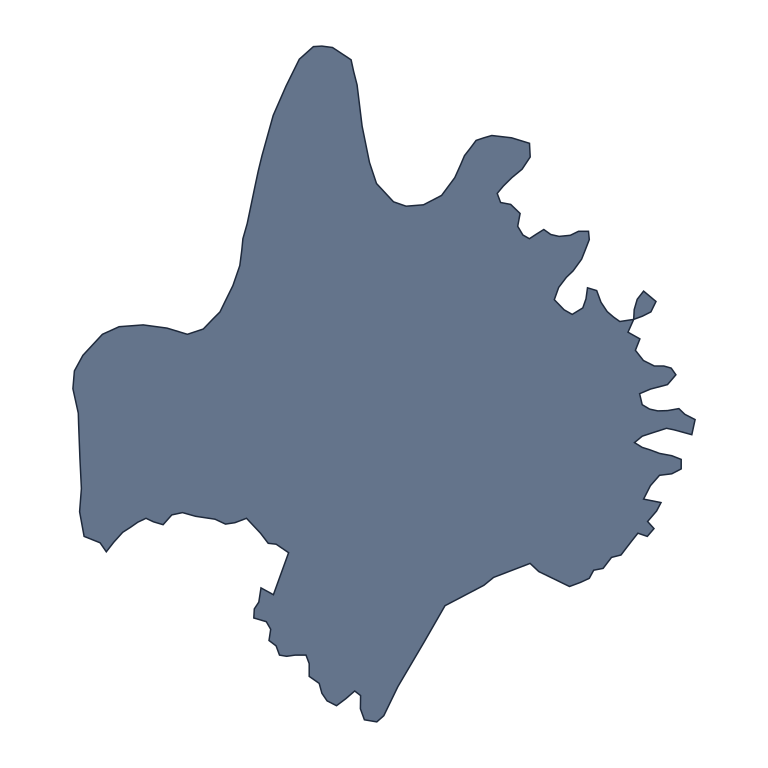 the district of Alecrim, Rio Grande do Sul, Brazil
{"feature_id": "56859067B981200421316", "entity_name": "Alecrim", "entity_type": "district", "adm_level": 2, "iso_a3": "BRA", "parent_name": "Brazil", "parent_adm1": "Rio Grande do Sul", "projection": "robinson", "projection_center": [-54.76, -27.646], "detail": "fine", "context": "isolated", "style": "filled", "palette": "slate", "viewbox_px": 768, "rotation_deg": 0, "n_neighbors": 0, "source": "geoboundaries", "source_scale": "gbopen_adm2", "svg_char_len": 2492}
<svg xmlns="http://www.w3.org/2000/svg" viewBox="0 0 768 768"><path d="M633.7,319.4L619.8,321.5L613.6,317.1L607.2,311.6L601.0,302.3L596.7,290.6L587.5,287.8L586.0,298.8L582.8,307.9L572.2,314.4L564.1,309.8L554.3,299.7L558.7,287.4L566.4,277.3L573.1,270.9L581.6,259.2L585.1,250.4L589.3,239.6L588.5,231.3L578.5,231.3L570.3,235.3L559.1,236.4L550.8,234.5L543.8,229.5L536.4,234.1L529.4,238.7L522.9,235.0L517.7,226.3L520.1,213.5L510.7,204.4L500.6,202.5L497.2,193.4L503.3,186.1L511.9,177.6L522.1,169.2L530.2,157.0L529.5,143.3L511.6,137.8L491.8,135.5L483.9,137.8L476.1,140.4L470.2,148.3L464.5,155.6L460.8,164.3L454.8,177.6L441.6,195.4L423.5,204.8L406.1,206.2L393.5,201.8L376.5,183.5L369.5,162.5L362.1,126.1L357.1,85.0L353.6,71.3L351.1,59.8L332.5,47.5L321.9,46.1L313.4,46.6L299.3,59.2L286.1,85.9L273.2,115.4L262.0,155.6L258.2,171.2L255.4,184.3L247.2,223.6L242.9,238.7L241.8,250.1L239.8,265.6L232.9,285.6L225.0,301.6L220.0,311.9L213.0,318.9L203.3,329.0L187.4,334.3L167.0,328.1L143.2,324.9L119.1,326.7L102.4,334.3L82.9,355.3L74.4,370.9L72.9,388.7L78.3,413.2L78.6,423.7L79.9,458.0L81.4,488.6L79.6,511.7L84.1,536.4L100.1,542.8L106.3,551.8L113.7,542.3L122.7,532.3L130.5,527.3L137.8,522.2L146.0,518.3L153.4,521.8L163.1,524.7L171.8,514.9L182.5,512.6L195.6,516.3L215.0,519.2L225.5,524.1L234.9,522.7L246.5,518.3L260.5,533.2L268.2,543.3L276.1,544.2L288.6,552.7L273.4,594.7L261.0,587.9L258.8,602.1L254.3,608.9L253.8,618.0L266.3,621.7L270.7,629.3L269.0,640.5L276.1,645.9L279.5,655.1L286.6,656.3L295.2,655.1L306.0,655.1L309.2,663.6L309.2,676.4L319.2,683.4L321.9,693.3L327.1,700.9L336.5,705.7L345.7,698.8L354.7,691.0L360.6,695.6L360.4,708.8L364.4,719.8L376.8,721.9L383.8,715.7L397.9,686.6L424.0,642.3L445.0,605.7L483.9,585.3L493.6,577.4L530.1,563.4L538.8,571.6L569.5,586.5L580.5,582.4L589.3,578.3L593.7,570.2L603.1,568.4L611.5,557.4L621.0,555.0L626.4,547.9L631.4,541.4L637.9,533.2L647.3,536.4L654.0,528.6L647.6,521.5L656.6,511.0L661.0,502.6L643.6,499.1L650.4,485.7L659.5,475.3L671.8,473.8L681.2,468.9L681.2,459.4L671.8,455.7L659.5,453.4L649.6,449.7L642.2,447.4L634.5,442.6L642.2,436.2L652.5,432.8L666.5,428.3L673.9,429.8L691.8,434.7L695.1,419.6L684.8,414.3L678.9,408.6L667.5,410.6L657.8,410.9L649.6,409.1L642.2,404.7L639.6,393.7L650.4,389.1L667.5,384.6L675.9,374.8L671.2,368.1L663.8,366.0L654.3,366.0L643.4,360.5L635.4,350.3L639.9,338.9L628.0,332.2L633.7,319.4ZM633.7,319.4L642.4,316.2L650.9,311.9L656.0,301.5L643.6,291.1L637.2,299.3L634.2,309.6L633.7,319.4Z" fill="#64748b" stroke="#1e293b" stroke-width="1.5"/></svg>